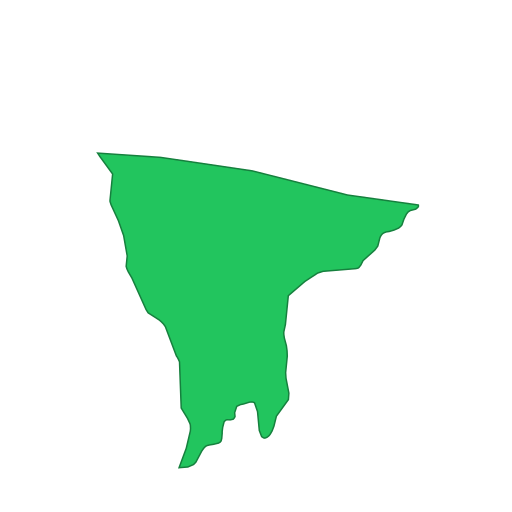 the Department of Retalhuleu, rotated 152°
{"feature_id": "GTM-1946", "entity_name": "Retalhuleu", "entity_type": "Department", "adm_level": 1, "iso_a3": "GTM", "parent_name": "Guatemala", "parent_adm1": "", "projection": "orthographic", "projection_center": [-91.761, 14.429], "detail": "fine", "context": "isolated", "style": "filled", "palette": "green", "viewbox_px": 512, "rotation_deg": 152, "n_neighbors": 0, "source": "natural_earth", "source_scale": "10m", "svg_char_len": 1607}
<svg xmlns="http://www.w3.org/2000/svg" viewBox="0 0 512 512"><g transform="rotate(152 256 256)"><path d="M347.5,421.2L294.0,387.9L219.2,332.8L146.6,266.9L88.7,224.8L88.7,224.7L89.5,223.3L90.9,222.8L93.0,222.4L98.4,223.7L100.9,223.5L103.5,222.4L108.1,219.1L112.6,214.9L114.4,214.2L116.9,213.7L122.0,214.1L126.9,215.1L129.6,216.1L131.1,216.3L132.7,216.4L134.1,216.2L136.0,215.4L138.0,214.0L143.8,207.6L148.2,205.5L163.6,201.7L167.7,198.8L170.4,197.6L171.6,197.4L173.8,198.0L204.0,211.0L209.7,212.0L224.7,210.6L246.1,205.8L262.2,181.7L267.2,175.8L268.3,173.6L269.5,170.2L271.3,162.5L273.1,157.7L275.4,152.9L284.6,139.1L286.9,134.0L291.4,119.4L294.8,114.0L313.2,105.0L320.1,97.3L323.9,94.0L326.1,92.6L327.5,91.8L329.0,91.2L331.2,90.8L333.0,90.9L334.3,91.4L335.2,92.7L335.8,93.9L335.0,100.4L327.7,117.9L326.2,127.2L327.6,128.7L330.2,130.0L336.5,131.2L339.5,132.1L343.6,132.3L348.4,127.7L349.9,124.1L351.0,123.3L352.7,122.6L355.6,123.4L358.8,125.2L360.2,125.2L362.0,124.6L365.9,120.3L368.4,116.7L369.0,115.5L371.9,111.0L373.6,109.1L375.0,108.5L376.9,108.4L382.3,109.8L385.4,110.9L388.2,111.6L389.9,111.6L392.4,110.8L395.4,109.3L405.9,102.2L409.0,101.2L415.2,101.7L423.3,105.2L407.9,118.9L396.3,132.1L394.9,134.2L393.4,137.4L393.0,138.9L392.7,144.9L393.1,151.6L393.4,156.9L373.2,198.5L373.0,201.8L373.0,203.5L373.2,205.1L369.2,236.1L369.6,239.3L370.4,242.1L371.4,244.8L377.9,256.4L378.2,260.3L375.9,294.8L376.2,301.9L376.0,305.3L375.5,307.8L369.7,316.5L363.3,336.1L360.9,351.8L359.9,369.3L359.3,372.6L358.7,373.8L344.1,395.7L347.1,416.8L347.5,421.2Z" fill="#22c55e" stroke="#15803d" stroke-width="1.5"/></g></svg>